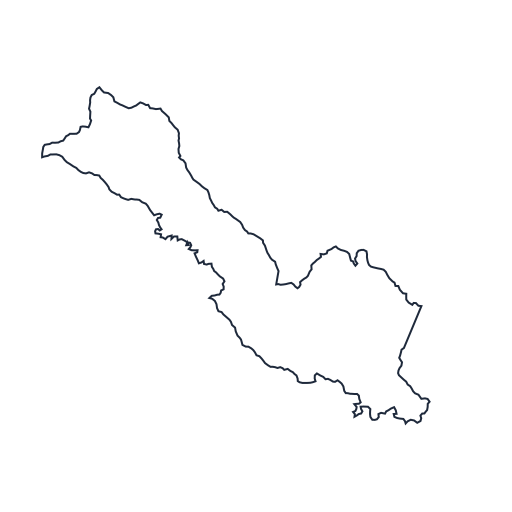 the district of Papanduva, Santa Catarina, Brazil, rotated 131°
{"feature_id": "56859067B63909066295209", "entity_name": "Papanduva", "entity_type": "district", "adm_level": 2, "iso_a3": "BRA", "parent_name": "Brazil", "parent_adm1": "Santa Catarina", "projection": "mercator", "projection_center": [-50.165, -26.513], "detail": "fine", "context": "isolated", "style": "outline", "palette": "slate", "viewbox_px": 512, "rotation_deg": 131, "n_neighbors": 0, "source": "geoboundaries", "source_scale": "gbopen_adm2", "svg_char_len": 5909}
<svg xmlns="http://www.w3.org/2000/svg" viewBox="0 0 512 512"><g transform="rotate(131 256 256)"><path d="M312.7,76.2L309.9,75.2L307.9,74.8L305.9,73.3L303.4,73.8L302.5,76.4L301.1,78.2L299.0,76.0L296.3,72.6L296.5,69.3L298.2,68.1L300.4,66.3L302.4,64.1L303.3,60.8L301.7,58.8L299.9,57.6L297.0,57.7L295.0,59.9L292.3,58.7L290.3,55.2L287.9,55.8L285.4,54.8L282.7,54.1L279.5,52.6L280.8,49.2L282.9,46.4L284.9,48.4L286.6,46.0L285.7,43.2L284.4,40.9L282.3,37.9L282.9,35.2L284.2,33.2L281.3,33.1L278.1,31.8L276.4,28.8L276.1,24.9L272.6,23.6L270.0,24.9L268.6,27.2L265.8,27.2L264.4,25.6L262.4,25.8L260.0,25.8L257.3,27.4L254.9,29.4L252.1,29.4L251.3,32.7L252.6,35.1L255.3,37.5L254.1,42.4L255.3,45.9L255.0,48.7L253.9,51.5L253.1,54.2L253.5,57.2L252.3,60.2L252.4,63.2L252.3,66.8L252.2,69.9L251.2,71.9L249.0,73.3L246.5,74.1L243.4,74.3L240.4,76.1L239.7,78.7L238.9,81.1L236.7,81.9L233.6,83.4L231.2,84.7L228.4,84.0L185.3,98.3L187.0,100.8L186.6,104.4L188.0,106.2L190.3,106.0L191.0,110.2L190.3,114.0L188.2,115.9L185.9,117.8L187.7,120.6L187.1,125.3L185.3,128.9L187.1,131.1L185.2,134.0L185.6,136.2L185.3,140.8L184.1,144.5L182.8,147.7L182.6,150.7L183.8,153.2L185.4,155.9L186.5,158.0L187.6,160.1L188.6,162.3L188.6,164.8L187.6,166.9L186.3,168.9L184.1,171.5L181.9,173.3L180.0,175.7L180.8,178.8L182.3,180.5L184.8,182.1L187.8,181.8L190.1,180.0L192.9,179.6L194.5,177.6L195.2,174.6L198.1,174.6L197.5,177.3L196.4,179.1L197.2,181.3L195.4,184.0L193.3,187.0L193.2,190.0L194.2,192.8L195.8,196.0L196.6,199.2L196.4,202.0L198.6,203.1L201.2,203.6L203.1,204.5L205.1,205.5L207.6,204.3L210.3,205.9L212.1,208.6L214.0,206.4L216.5,206.8L219.2,207.5L222.2,207.7L224.3,208.1L226.8,208.1L229.6,205.3L232.6,205.2L234.8,204.5L236.9,203.8L239.2,203.9L241.5,204.7L244.3,205.3L246.8,205.6L248.4,203.6L251.0,203.1L253.1,203.5L253.3,206.3L252.8,208.9L253.1,211.7L255.0,213.2L257.6,215.0L259.7,216.8L261.6,218.6L262.6,220.8L264.2,222.1L252.6,229.1L251.1,232.3L249.3,235.7L247.8,237.8L248.3,241.5L247.9,244.1L246.8,247.0L246.1,249.4L244.9,251.7L243.7,253.7L242.3,256.1L241.4,259.3L239.7,261.0L239.9,264.5L240.7,269.2L241.2,272.1L242.5,274.8L244.0,276.6L243.4,278.8L243.7,281.3L243.0,284.3L241.6,286.9L240.7,290.2L241.2,295.5L241.6,297.8L241.6,300.0L241.4,302.6L241.5,306.7L243.6,308.9L243.7,312.3L246.5,314.1L245.8,316.2L246.2,318.9L245.3,321.3L244.7,323.8L243.6,326.3L242.6,328.8L240.7,331.2L239.2,333.6L238.1,336.0L238.7,339.4L238.9,342.5L238.7,345.9L239.0,349.4L239.4,353.3L238.8,355.4L237.9,357.6L236.7,361.3L236.1,364.1L235.1,366.7L232.3,370.0L231.5,373.6L232.3,376.1L232.1,378.7L230.1,378.7L228.8,382.0L226.1,384.7L223.3,386.0L221.5,387.9L219.7,390.2L217.8,391.2L215.9,393.3L213.9,394.7L212.1,398.0L212.1,401.8L211.6,404.6L211.1,407.0L210.9,410.0L208.6,412.8L208.3,417.6L208.3,422.1L207.4,424.8L209.1,426.3L210.8,427.9L212.4,430.8L213.9,432.9L212.6,436.5L214.2,438.0L214.9,441.3L216.0,444.1L218.7,444.7L221.1,445.2L223.1,446.2L225.8,447.3L228.0,449.0L229.1,452.5L230.0,455.8L230.8,457.9L231.4,461.1L232.2,464.3L229.8,467.8L229.6,470.9L230.0,474.5L232.3,478.0L232.1,481.0L231.4,484.9L234.4,485.7L236.7,485.1L239.7,484.5L242.3,485.6L245.0,484.9L247.2,483.5L249.0,481.8L252.1,479.9L254.4,478.6L255.7,475.7L259.2,473.0L261.2,471.4L261.9,469.3L265.5,467.8L268.8,466.9L270.3,469.6L271.9,471.8L273.6,473.1L276.5,471.5L278.6,470.9L281.4,471.6L283.9,474.3L285.8,476.6L288.0,477.0L290.2,477.9L292.8,477.5L295.4,477.2L297.6,478.7L300.0,479.6L302.3,481.9L304.2,484.2L306.9,485.2L308.7,486.8L310.7,488.4L313.2,488.1L315.3,486.8L318.7,484.8L321.8,482.2L319.6,480.9L317.0,478.8L314.3,477.8L312.6,475.9L310.3,473.4L308.9,470.6L308.2,467.3L309.1,463.5L309.3,460.3L308.7,456.9L308.2,452.7L307.4,449.4L307.7,446.4L307.4,443.3L306.7,440.8L305.2,438.5L302.4,436.9L301.2,433.9L300.9,431.1L299.5,429.4L298.1,427.1L299.0,424.4L299.0,421.7L299.4,418.5L299.9,415.6L300.7,412.5L301.9,410.4L302.2,407.1L301.4,404.0L300.9,401.1L299.4,399.5L300.2,396.5L299.4,393.8L298.5,391.5L297.5,389.3L294.7,387.6L293.0,384.7L291.6,383.0L290.2,380.9L290.1,377.2L288.8,373.5L289.2,370.7L290.0,368.4L290.8,366.1L291.4,363.1L292.1,359.6L289.7,358.3L287.3,356.5L286.7,354.3L289.9,353.4L291.6,354.9L293.9,354.5L294.8,351.7L296.3,349.5L297.3,347.0L297.8,344.8L299.9,345.4L299.9,347.6L301.5,349.0L303.5,348.4L304.9,346.7L303.4,344.6L301.9,341.9L304.4,340.3L303.2,338.5L302.7,335.4L299.4,335.4L295.9,333.1L298.6,331.0L295.1,330.7L292.9,328.2L295.6,325.3L293.6,324.5L292.0,323.1L291.2,319.8L290.7,316.8L289.3,314.4L290.4,311.9L292.5,311.3L294.8,311.3L293.9,308.4L291.9,305.9L290.0,303.9L291.7,302.8L294.3,304.1L295.9,300.9L297.6,297.0L299.0,294.3L296.6,292.9L294.1,292.3L296.1,290.0L294.8,287.6L293.1,286.7L291.0,284.6L293.1,282.2L293.8,279.7L294.8,277.7L294.6,275.4L294.9,272.8L295.1,270.0L294.6,266.0L295.8,263.2L299.0,262.8L300.3,260.3L302.4,258.6L304.9,259.7L307.0,258.5L309.1,258.3L310.7,259.9L312.8,261.2L315.1,263.3L318.3,263.6L317.0,260.9L316.9,257.5L318.3,254.2L320.9,251.2L322.3,248.1L320.9,245.2L321.5,242.3L321.5,239.4L321.5,236.6L321.5,234.3L322.1,231.8L323.8,228.8L323.8,224.8L326.2,221.8L328.2,217.7L328.4,214.7L328.9,212.5L330.2,210.5L332.0,207.9L331.1,204.3L329.4,202.2L328.8,198.9L328.8,196.3L329.4,193.6L330.6,190.5L329.4,187.7L329.7,184.6L330.2,181.9L330.9,178.9L330.6,175.2L330.1,172.3L328.7,170.8L327.4,168.7L326.4,166.3L324.0,164.8L323.2,162.3L323.4,160.0L320.4,158.0L320.2,154.6L319.5,152.0L319.8,149.5L319.6,147.1L321.2,144.2L323.0,142.4L322.7,140.3L321.3,137.6L318.3,134.2L316.1,131.9L314.1,130.4L311.5,128.9L309.9,131.4L307.5,133.3L304.7,133.0L304.0,129.1L303.1,125.9L303.4,122.7L301.5,121.1L300.8,118.7L300.3,115.5L299.1,113.8L296.3,112.9L296.1,110.2L296.1,107.7L297.1,104.5L299.9,100.9L300.6,98.3L299.3,96.7L298.3,94.7L296.8,92.8L295.3,90.8L293.8,89.2L293.9,86.8L296.1,84.3L297.8,81.0L300.0,81.4L301.7,83.2L303.3,84.6L303.9,81.0L305.7,79.9L307.8,79.3L310.0,80.4L310.5,77.6L312.7,76.2ZM290.7,316.8L293.6,315.7L292.0,314.1L290.7,316.8Z" fill="none" stroke="#1e293b" stroke-width="2"/></g></svg>